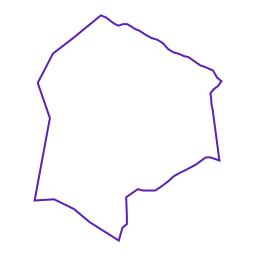 outline of Cacimba de Areia, Paraíba, Brazil
{"feature_id": "56859067B18621078611334", "entity_name": "Cacimba de Areia", "entity_type": "district", "adm_level": 2, "iso_a3": "BRA", "parent_name": "Brazil", "parent_adm1": "Paraíba", "projection": "robinson", "projection_center": [-37.154, -7.144], "detail": "fine", "context": "isolated", "style": "outline", "palette": "violet", "viewbox_px": 256, "rotation_deg": 0, "n_neighbors": 0, "source": "geoboundaries", "source_scale": "gbopen_adm2", "svg_char_len": 824}
<svg xmlns="http://www.w3.org/2000/svg" viewBox="0 0 256 256"><path d="M213.0,70.5L205.0,67.0L200.3,65.4L188.4,57.1L184.1,56.1L178.1,53.6L173.7,52.4L168.4,49.3L163.0,43.3L157.5,39.8L151.7,38.1L147.9,36.1L143.3,33.3L139.4,30.7L135.2,29.1L131.3,26.5L127.3,24.2L123.0,24.1L118.5,25.7L114.3,23.7L110.5,20.9L105.9,17.4L100.9,15.4L72.3,38.7L62.6,46.2L53.0,53.5L37.8,82.8L39.1,86.9L45.3,104.8L49.9,118.1L36.0,193.0L34.6,200.5L54.1,199.3L74.1,209.1L89.3,221.9L118.8,240.6L122.4,227.8L126.9,224.0L126.9,217.5L126.7,211.2L126.2,197.2L137.8,189.2L142.9,190.5L155.3,190.5L161.9,186.1L168.7,180.9L173.5,176.4L178.6,173.5L187.4,169.1L195.5,164.8L205.8,157.4L210.4,157.4L219.4,160.5L212.7,110.0L211.4,103.8L211.2,98.5L210.4,93.3L213.8,89.1L218.0,86.0L221.4,81.2L217.0,77.5L213.0,70.5Z" fill="none" stroke="#5b21b6" stroke-width="2"/></svg>